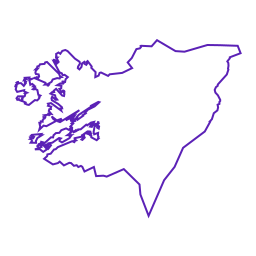 the district of Åfjord nor, Sør-Trøndelag, Norway
{"feature_id": "86288312B63643757450384", "entity_name": "Åfjord nor", "entity_type": "district", "adm_level": 2, "iso_a3": "NOR", "parent_name": "Norway", "parent_adm1": "Sør-Trøndelag", "projection": "albers", "projection_center": [10.134, 63.948], "detail": "fine", "context": "isolated", "style": "outline", "palette": "violet", "viewbox_px": 256, "rotation_deg": 0, "n_neighbors": 0, "source": "geoboundaries", "source_scale": "gbopen_adm2", "svg_char_len": 5452}
<svg xmlns="http://www.w3.org/2000/svg" viewBox="0 0 256 256"><path d="M96.1,176.1L103.5,175.7L106.7,176.6L123.8,169.1L139.5,184.5L140.4,194.5L148.6,215.8L164.1,180.2L174.6,166.9L183.1,147.8L204.8,131.5L210.1,121.9L209.7,121.6L211.9,119.2L213.8,113.2L217.4,110.4L218.1,107.4L217.6,104.7L219.4,103.9L219.4,101.9L220.2,101.0L220.2,99.8L217.9,95.3L215.4,92.6L214.7,89.9L215.9,87.2L217.7,85.8L217.8,84.5L226.8,74.5L228.4,69.6L228.0,68.8L228.5,65.7L228.3,62.9L227.3,61.4L229.8,58.3L229.8,57.3L240.6,53.2L237.7,45.8L220.1,45.2L207.4,45.0L184.5,51.7L175.5,51.1L157.0,40.2L151.6,46.3L141.1,45.8L140.6,46.0L140.9,47.2L139.8,48.4L136.4,49.1L131.8,58.0L127.7,62.4L132.1,68.1L122.2,72.9L109.7,74.3L108.1,75.9L101.0,72.5L99.6,72.9L98.6,75.6L95.3,77.1L95.6,72.1L91.3,67.8L91.7,66.5L87.6,61.1L86.7,61.9L87.1,63.6L86.3,64.8L84.5,63.8L84.8,62.4L84.4,61.8L82.1,63.4L81.5,66.9L79.4,69.4L77.8,68.1L78.1,66.5L80.0,63.5L79.6,61.8L74.9,58.6L67.6,51.1L65.3,50.0L62.3,50.9L60.3,53.8L58.5,52.5L56.1,54.0L56.6,56.6L56.1,56.3L56.0,57.6L57.4,57.6L56.7,58.3L58.6,61.9L57.6,62.7L57.7,63.6L57.0,62.5L56.6,63.1L56.7,61.4L55.1,60.1L52.9,59.7L55.5,61.4L56.0,62.5L57.4,64.1L54.0,62.0L59.4,72.2L61.9,73.4L62.6,75.3L64.6,74.8L67.8,77.1L65.6,79.2L65.1,81.9L63.6,81.6L63.9,82.7L63.5,83.2L62.8,82.8L63.1,82.0L62.5,81.9L62.6,83.6L60.3,83.4L57.2,85.2L61.4,85.8L61.2,88.3L59.4,88.9L61.6,92.1L63.1,90.5L64.2,91.0L64.5,91.9L63.7,92.7L64.4,93.9L64.0,96.0L62.1,95.5L56.1,88.8L53.7,90.8L54.1,92.0L52.2,92.1L50.5,93.6L55.1,95.3L55.5,97.5L57.2,99.6L55.7,99.8L52.2,96.7L51.5,98.3L51.9,100.2L58.1,103.9L61.9,107.2L62.2,108.4L60.4,108.6L61.2,110.6L51.0,103.1L48.0,103.7L48.6,104.7L48.0,105.8L51.2,106.7L50.7,108.1L50.9,109.0L49.3,109.2L48.8,111.0L51.3,113.9L49.4,113.7L49.6,114.9L49.1,115.2L48.6,114.8L48.8,112.8L47.6,114.8L44.5,115.2L45.5,115.9L45.4,117.1L44.9,118.0L43.5,117.2L43.6,119.2L42.6,120.2L42.6,121.7L40.7,121.4L40.5,123.2L39.4,123.0L40.2,126.6L39.3,129.7L43.6,125.6L46.4,126.2L56.0,121.0L53.1,118.8L51.7,116.4L56.8,120.4L61.7,118.7L58.6,121.6L60.0,122.1L79.4,110.2L65.7,120.3L74.4,116.1L72.6,118.8L70.7,119.6L71.1,120.8L72.6,120.6L75.9,118.5L76.6,118.8L77.4,117.9L76.7,117.2L78.8,114.8L91.8,106.2L90.2,106.2L98.3,101.9L99.3,102.2L94.6,106.4L87.6,109.9L85.0,113.2L85.5,113.5L82.7,115.2L83.1,115.8L77.3,119.9L76.1,118.8L74.6,120.2L75.0,121.0L72.5,121.8L72.8,122.3L71.7,123.3L73.0,123.7L69.7,127.2L71.3,126.6L71.7,127.3L68.7,129.8L66.1,128.4L61.3,130.2L59.4,132.8L55.9,133.1L53.5,135.3L53.1,137.4L51.0,137.3L44.9,142.8L41.2,141.8L40.8,143.4L38.9,144.0L37.8,145.8L36.7,145.6L37.8,146.4L40.8,143.5L43.8,143.6L41.1,146.0L41.5,146.9L34.9,149.4L39.8,149.2L43.2,151.9L47.7,148.8L46.2,148.3L43.9,145.8L44.2,145.6L48.3,143.8L48.7,144.6L48.2,145.5L46.5,145.6L46.8,146.9L48.5,146.8L48.1,147.7L48.5,148.5L51.0,145.3L49.1,143.2L52.3,142.7L59.1,138.0L60.3,138.3L59.5,138.8L60.3,138.9L59.6,139.5L59.5,140.9L62.0,142.4L69.5,138.1L70.3,136.9L69.0,137.1L70.8,136.0L69.2,136.3L71.2,135.1L67.5,135.1L70.7,132.8L70.4,132.4L71.0,131.9L70.3,130.3L71.4,128.3L72.1,128.2L72.0,129.9L72.9,131.3L74.0,131.5L72.7,132.6L75.1,131.6L74.6,131.1L75.9,130.1L76.4,130.9L77.9,130.0L77.9,130.8L78.1,129.5L80.7,129.3L86.3,124.6L87.5,124.9L86.5,125.9L91.0,122.6L94.0,121.9L93.2,123.5L90.7,124.3L90.5,125.1L90.9,125.6L90.1,126.6L91.8,126.9L92.6,125.3L95.2,124.8L95.3,123.8L97.0,124.2L98.4,121.3L98.2,123.1L99.3,122.6L97.2,124.9L99.1,126.4L98.7,128.6L97.1,127.6L97.5,126.1L96.6,125.4L94.6,126.3L93.6,132.1L94.2,134.3L98.1,132.9L97.9,135.8L98.5,136.6L98.1,137.9L98.7,138.3L96.7,140.2L91.3,137.3L91.3,135.8L90.3,135.4L91.0,134.1L90.1,134.1L90.7,132.8L90.4,131.8L89.1,132.4L88.4,134.1L87.0,133.6L88.3,131.4L87.5,131.4L83.8,134.1L84.3,134.5L83.9,135.8L84.7,137.6L82.4,139.9L81.5,139.5L83.8,137.1L82.8,136.2L83.1,134.8L81.9,135.3L82.0,136.6L74.6,138.2L74.6,139.1L76.1,140.4L73.8,141.0L75.0,142.5L72.2,141.2L57.9,147.1L55.7,149.2L54.0,149.5L50.7,153.7L47.4,154.4L47.1,156.2L44.1,158.8L52.9,164.4L57.9,163.1L59.7,161.6L63.9,165.4L69.3,162.8L71.1,163.1L73.9,165.8L76.7,165.2L78.3,167.0L80.9,165.9L82.3,166.8L84.5,171.5L93.9,167.0L96.1,176.1ZM47.0,62.0L45.2,62.4L44.5,63.9L40.0,64.3L39.2,65.8L37.3,66.5L37.2,67.7L35.8,69.1L37.6,68.8L35.8,70.8L35.4,72.8L35.9,74.0L38.6,74.4L39.1,76.3L38.6,77.3L36.9,77.2L37.0,77.9L34.5,77.8L34.1,78.1L36.7,78.0L36.7,78.4L37.0,79.0L36.8,78.1L37.9,78.2L38.0,79.0L37.1,79.2L45.5,82.8L45.8,83.6L44.8,84.6L47.3,84.5L47.6,85.5L48.2,85.6L48.8,84.9L47.3,84.4L51.5,81.9L52.7,79.5L57.1,78.1L59.7,78.5L60.3,77.2L61.3,77.1L59.9,76.1L59.1,73.9L47.0,62.0ZM29.3,77.5L25.1,77.8L26.0,78.9L24.7,78.5L24.1,79.8L25.2,79.3L24.8,81.2L26.0,81.6L25.7,82.1L26.0,83.5L25.1,82.1L24.8,83.0L25.6,83.4L23.8,85.9L21.1,83.2L18.1,83.2L18.0,82.0L17.3,82.1L16.6,82.7L18.1,83.6L15.8,84.9L15.4,86.2L16.5,86.2L15.7,89.4L17.2,91.9L24.1,90.2L23.9,91.0L24.4,91.5L27.0,92.7L24.9,93.5L25.4,93.9L24.7,96.2L22.9,97.1L22.3,99.9L22.4,101.1L26.5,102.9L24.9,102.7L24.8,103.6L27.2,104.6L28.9,104.9L34.9,100.1L37.2,100.4L38.8,98.8L39.5,97.7L39.0,97.0L40.4,95.6L38.3,94.8L37.4,90.1L35.8,89.1L33.4,89.4L32.9,89.2L34.8,87.9L34.3,87.7L34.9,86.6L33.1,86.4L34.0,85.4L32.2,83.9L30.3,84.8L29.4,80.1L33.0,78.4L29.8,79.8L30.0,78.7L28.9,78.5L29.3,77.5ZM41.1,134.0L31.8,134.9L30.8,135.9L34.0,136.9L33.2,138.3L30.7,138.0L31.1,138.5L30.3,139.0L31.3,139.2L32.0,140.9L30.7,142.7L36.1,142.8L35.9,141.0L37.4,138.0L42.0,135.1L40.3,134.9L41.1,134.0ZM22.8,96.3L18.0,96.3L16.5,98.3L17.3,99.8L18.8,99.0L18.9,99.9L21.2,100.8L22.8,96.3Z" fill="none" stroke="#5b21b6" stroke-width="2"/></svg>